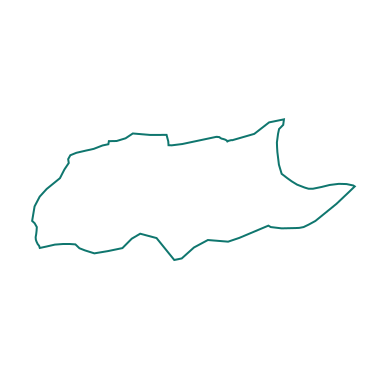 Oye, Ekiti, Nigeria (Equal Earth projection), rotated 83°
{"feature_id": "59680162B43824241108050", "entity_name": "Oye", "entity_type": "district", "adm_level": 2, "iso_a3": "NGA", "parent_name": "Nigeria", "parent_adm1": "Ekiti", "projection": "equal_earth", "projection_center": [5.315, 7.904], "detail": "fine", "context": "isolated", "style": "outline", "palette": "teal", "viewbox_px": 384, "rotation_deg": 83, "n_neighbors": 0, "source": "geoboundaries", "source_scale": "gbopen_adm2", "svg_char_len": 1820}
<svg xmlns="http://www.w3.org/2000/svg" viewBox="0 0 384 384"><g transform="rotate(83 192 192)"><path d="M229.0,349.9L228.4,343.2L227.5,334.5L227.9,326.3L228.8,319.2L229.8,314.1L234.1,310.6L236.9,305.4L241.0,296.4L240.4,282.5L239.2,267.9L231.0,257.5L227.1,248.5L233.4,232.8L257.3,217.9L256.7,210.3L247.3,196.8L241.6,182.1L245.7,162.2L243.3,150.6L234.7,120.3L236.4,118.1L239.0,107.5L240.4,93.7L240.7,89.8L240.4,85.5L238.6,80.2L235.8,73.1L221.4,50.1L210.9,35.9L206.3,29.8L205.2,31.1L203.0,37.5L202.7,39.3L201.8,45.3L201.8,54.4L202.8,62.8L203.5,71.6L203.0,75.8L202.1,77.9L201.3,79.7L197.5,86.8L193.6,91.7L190.0,95.6L184.9,100.8L175.5,102.4L172.2,102.4L163.6,102.4L162.8,102.4L157.9,102.1L153.2,101.7L144.7,99.5L140.1,97.9L136.5,93.3L131.1,91.9L132.3,107.0L141.9,123.1L145.5,145.7L145.4,146.2L145.3,146.9L145.3,147.0L145.4,147.3L145.4,147.8L145.5,148.2L145.5,148.5L145.6,149.0L145.6,149.4L145.7,149.7L145.7,149.8L145.8,149.9L145.9,150.0L146.0,150.6L146.1,150.8L145.1,151.3L144.5,152.1L143.9,153.0L143.5,153.9L143.1,154.8L143.0,155.0L142.9,155.3L142.9,155.6L142.7,155.9L142.5,156.2L142.3,156.6L142.1,156.9L142.0,157.1L141.9,157.2L141.7,157.4L141.4,157.6L141.2,157.8L141.0,158.0L140.9,158.1L140.9,158.4L140.8,158.6L140.7,158.8L140.6,159.3L140.5,159.7L140.5,159.8L140.4,159.9L140.4,160.2L140.4,160.4L140.4,160.6L140.3,160.8L140.2,161.0L143.2,195.8L143.2,206.4L142.7,209.6L138.8,209.4L132.2,210.3L130.3,226.4L128.9,233.1L126.7,243.6L130.6,251.4L132.2,260.6L131.4,268.3L134.4,269.2L134.9,275.1L137.2,284.2L137.6,288.0L137.9,291.6L139.0,302.0L140.7,308.3L144.3,310.9L148.2,310.8L154.1,315.9L162.2,321.4L171.3,335.9L178.0,343.7L187.1,350.0L201.2,354.2L203.8,352.0L207.9,350.3L211.6,351.0L214.9,351.8L217.8,352.7L220.3,352.8L222.2,352.4L224.9,351.5L226.8,350.3L229.0,349.9Z" fill="none" stroke="#0f766e" stroke-width="2"/></g></svg>